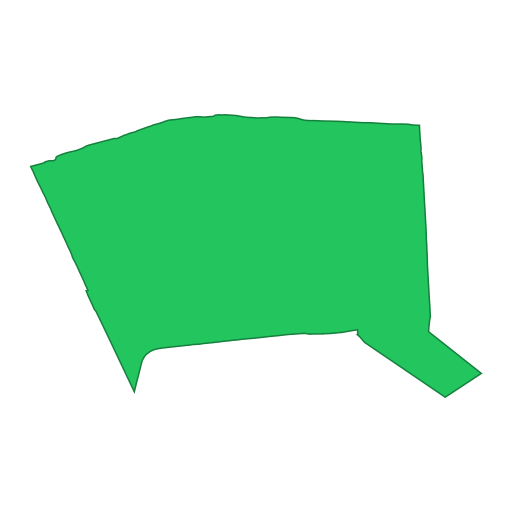 Stede Broec, Noord-Holland, Netherlands (Natural Earth projection)
{"feature_id": "6326949B50163313594410", "entity_name": "Stede Broec", "entity_type": "district", "adm_level": 2, "iso_a3": "NLD", "parent_name": "Netherlands", "parent_adm1": "Noord-Holland", "projection": "natural_earth1", "projection_center": [5.224, 52.697], "detail": "fine", "context": "isolated", "style": "filled", "palette": "green", "viewbox_px": 512, "rotation_deg": 0, "n_neighbors": 0, "source": "geoboundaries", "source_scale": "gbopen_adm2", "svg_char_len": 5940}
<svg xmlns="http://www.w3.org/2000/svg" viewBox="0 0 512 512"><path d="M419.5,125.3L418.6,125.3L415.0,125.1L413.3,125.0L411.2,124.8L409.4,124.4L408.5,124.3L407.5,124.2L404.9,124.1L401.0,124.0L398.2,124.0L395.8,124.0L394.9,124.1L389.4,123.9L384.9,123.6L380.9,123.4L377.5,123.2L375.5,123.0L374.9,123.0L373.0,122.9L372.2,122.8L367.2,122.7L363.6,122.7L359.5,122.5L355.6,122.3L349.8,121.9L348.3,121.9L347.8,121.9L345.6,121.7L344.0,121.6L340.1,121.4L329.8,121.1L323.6,121.0L320.9,120.9L317.1,120.7L314.5,120.6L310.0,120.6L308.1,120.5L305.6,120.3L303.5,120.0L302.0,119.6L299.5,118.8L298.6,118.5L295.6,117.9L293.6,117.6L289.9,117.5L285.9,117.4L281.1,117.3L276.7,117.0L270.5,117.1L266.4,117.8L261.6,117.8L260.3,117.9L258.7,118.0L257.1,118.0L253.7,117.7L251.6,117.5L248.4,117.4L245.9,117.2L242.5,116.7L238.5,115.9L235.7,115.5L233.1,115.3L225.4,114.8L223.6,114.9L221.9,115.0L219.1,114.8L218.1,114.8L217.3,114.9L215.9,115.1L215.4,115.2L214.9,115.3L214.4,115.7L213.9,116.1L213.3,116.3L212.0,116.5L209.2,116.6L207.3,116.8L204.7,117.1L201.4,116.9L198.6,116.7L196.1,116.7L194.0,116.9L192.8,117.2L190.1,117.5L185.4,118.1L181.2,118.6L177.1,119.3L173.7,119.7L171.1,119.9L168.7,120.2L167.2,120.6L166.5,120.9L165.0,121.3L163.7,121.8L163.1,122.1L162.3,122.4L161.7,122.7L161.2,122.7L160.7,122.9L159.9,123.2L158.4,123.6L156.6,124.1L154.7,124.6L153.2,125.0L152.6,125.3L152.0,125.6L151.3,125.9L150.1,126.3L148.2,126.8L145.8,127.7L138.3,130.4L137.2,130.8L135.8,131.6L134.3,132.1L130.7,133.0L129.9,133.2L127.6,134.1L127.0,134.4L125.9,134.8L124.8,135.1L123.8,135.4L122.1,136.3L119.5,137.4L118.5,137.9L117.4,138.5L117.0,138.6L116.6,138.6L115.9,138.5L115.1,138.4L114.3,138.5L113.7,138.6L109.9,139.6L98.8,142.5L90.5,144.7L88.6,145.2L86.4,146.0L85.4,146.5L84.1,147.3L82.6,148.1L79.1,149.5L77.8,150.0L76.0,150.6L74.5,151.0L72.0,151.5L69.3,152.1L65.6,153.1L62.7,154.1L61.3,154.5L60.7,154.9L58.9,155.6L57.6,156.1L56.8,156.6L56.2,157.1L56.0,157.5L55.9,158.3L55.7,159.1L55.5,159.5L55.3,159.8L54.9,160.0L54.1,160.4L53.3,160.7L52.6,160.8L50.4,160.7L49.4,160.7L48.5,160.9L46.0,161.6L45.1,161.8L44.8,162.1L44.6,162.4L44.4,162.6L44.0,162.8L43.4,163.0L42.5,163.3L41.1,163.7L39.8,164.1L38.6,164.4L37.3,164.7L34.7,165.4L32.1,166.1L30.7,166.4L30.8,166.7L31.7,168.7L32.7,170.6L33.3,171.8L33.8,173.2L34.0,173.6L34.9,175.6L36.9,180.2L37.6,181.6L38.2,182.9L39.6,185.6L40.2,186.8L40.7,187.8L41.2,188.9L41.9,190.3L42.4,191.5L43.1,192.9L44.4,195.3L45.2,196.9L45.5,197.5L46.6,200.2L47.9,203.3L48.4,204.2L49.5,206.5L50.2,207.9L50.8,209.1L50.9,209.3L51.1,209.9L51.7,211.7L52.2,212.6L52.7,213.6L53.1,214.5L53.3,214.9L54.0,216.5L54.2,216.9L56.9,222.7L57.6,224.3L58.6,226.1L60.4,230.1L60.7,230.7L62.2,233.7L63.4,236.5L65.8,241.6L67.7,245.8L68.4,247.6L68.8,248.2L70.3,251.3L71.6,254.4L72.0,255.6L72.1,256.1L72.3,256.6L72.4,257.1L72.5,257.2L72.9,258.1L73.7,259.8L73.9,260.1L75.0,262.0L75.7,263.6L76.4,265.1L77.1,266.3L77.9,268.2L78.3,269.1L78.7,270.0L79.9,272.6L80.9,274.8L82.4,277.9L82.6,278.5L82.9,279.0L83.1,279.5L83.5,280.3L84.0,281.5L84.4,282.5L85.3,284.6L85.9,286.1L86.5,287.0L86.8,288.0L88.0,290.4L87.1,290.6L86.3,290.9L86.2,290.9L88.0,295.4L94.5,309.6L94.9,310.1L96.0,311.4L100.0,319.7L107.8,335.9L134.3,391.8L134.9,389.4L135.6,386.4L136.5,382.8L137.4,379.3L137.7,378.2L138.7,374.5L139.4,371.5L139.8,369.9L140.8,365.9L141.4,363.5L142.0,361.5L142.2,360.8L142.5,360.0L143.1,358.9L143.9,357.5L144.1,357.3L144.3,356.8L144.6,356.4L145.3,355.4L146.8,354.0L148.4,352.8L150.3,351.4L152.4,350.4L154.6,349.5L156.9,349.0L158.7,348.6L159.1,348.5L160.2,348.4L161.6,348.1L167.7,347.4L174.2,346.7L187.9,345.2L188.4,345.2L191.0,344.9L193.0,344.4L193.3,344.5L193.6,344.6L196.4,344.3L200.2,344.1L200.6,344.0L201.1,343.9L204.0,343.5L206.7,343.2L211.2,342.8L216.0,342.2L219.4,341.9L221.0,341.6L221.9,341.5L224.6,341.2L228.9,340.8L230.9,340.5L233.0,340.2L233.7,340.1L235.1,340.1L236.7,340.0L240.4,339.5L243.0,339.1L244.3,339.1L248.2,338.7L253.1,338.3L257.9,337.8L264.3,337.1L270.1,336.4L277.7,335.7L284.4,334.9L286.5,334.7L287.1,334.6L288.0,334.5L291.0,334.3L292.9,334.2L295.6,334.0L296.3,334.0L299.3,333.7L301.0,333.6L302.0,333.5L304.3,333.5L305.0,333.4L305.5,333.5L306.2,333.6L307.5,333.8L308.5,334.0L308.9,334.1L309.3,334.1L309.9,334.1L311.5,334.1L311.9,334.0L312.1,334.0L312.5,334.0L312.5,333.9L312.8,333.9L313.3,334.0L313.8,334.0L315.1,334.0L318.5,333.9L321.9,333.9L323.3,333.9L323.3,333.7L324.7,333.7L328.1,333.6L329.3,333.6L331.3,333.4L334.8,333.1L337.9,332.8L339.8,332.5L340.2,332.4L340.7,332.3L340.8,332.6L357.5,329.7L357.8,334.9L357.6,334.9L359.6,336.6L364.6,342.4L445.2,397.2L481.3,373.4L428.6,331.7L429.0,325.8L429.1,325.3L429.2,324.6L429.5,321.5L429.9,318.4L430.4,317.2L429.7,304.1L429.6,303.2L427.6,268.4L427.5,266.2L427.4,265.0L427.4,261.7L427.3,259.0L427.3,258.3L427.2,257.0L427.2,256.5L427.2,256.0L427.2,255.1L427.1,254.2L427.1,253.3L427.1,252.9L427.0,252.4L427.0,251.6L427.0,250.9L426.9,250.4L426.8,248.1L426.8,247.6L426.8,247.1L426.8,245.4L426.7,245.0L426.7,243.9L426.6,243.1L426.5,241.6L426.4,240.4L426.3,239.4L426.3,238.9L426.3,238.6L426.4,237.5L426.3,236.1L426.3,235.3L426.2,233.9L426.2,233.2L426.2,232.3L424.8,206.8L424.6,204.4L423.2,178.2L423.2,177.9L423.2,177.5L423.1,176.0L423.1,175.5L423.0,175.0L423.0,174.2L422.9,173.8L422.8,173.5L422.7,172.8L422.6,172.3L422.6,171.7L422.5,171.1L422.5,170.6L422.5,170.0L422.4,168.6L422.3,167.9L422.2,166.8L422.2,166.1L422.1,165.5L422.0,163.9L421.9,163.3L421.9,162.5L421.8,162.1L421.8,161.5L421.8,160.2L421.9,158.5L421.8,157.4L421.7,156.1L421.6,155.4L421.3,153.5L421.2,153.0L421.1,152.3L421.0,151.7L420.9,151.0L420.9,150.7L421.0,149.6L421.0,149.1L421.0,148.7L421.1,148.2L421.0,147.4L420.9,145.8L420.8,145.1L420.6,143.2L420.5,142.4L420.5,141.8L420.3,140.3L420.1,137.9L420.0,136.1L420.0,135.5L420.0,135.0L419.9,134.3L419.9,133.7L419.9,133.1L419.8,132.4L419.8,131.7L419.8,131.2L419.6,129.3L419.6,128.6L419.5,128.0L419.5,127.5L419.5,126.9L419.5,126.5L419.4,126.2L419.4,125.9L419.5,125.5L419.5,125.3Z" fill="#22c55e" stroke="#15803d" stroke-width="1.5"/></svg>